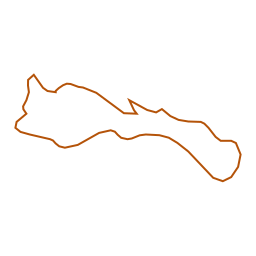 Mayaguana, Robinson projection
{"feature_id": "BHS-5037", "entity_name": "Mayaguana", "entity_type": "District", "adm_level": 1, "iso_a3": "BHS", "parent_name": "The Bahamas", "parent_adm1": "", "projection": "robinson", "projection_center": [-72.982, 22.374], "detail": "fine", "context": "isolated", "style": "outline", "palette": "amber", "viewbox_px": 256, "rotation_deg": 0, "n_neighbors": 0, "source": "natural_earth", "source_scale": "10m", "svg_char_len": 861}
<svg xmlns="http://www.w3.org/2000/svg" viewBox="0 0 256 256"><path d="M29.8,134.5L20.5,131.9L15.4,127.8L16.6,121.9L26.4,113.7L23.4,109.3L23.1,106.4L26.4,100.2L28.9,92.2L28.0,85.5L28.1,79.9L33.8,74.8L43.0,87.8L47.5,91.0L55.7,92.2L55.7,90.9L58.8,88.1L63.1,85.2L66.8,83.7L70.6,84.0L78.5,86.9L83.0,87.5L96.3,92.8L123.9,113.2L136.7,113.7L134.0,110.2L129.3,100.2L147.2,110.0L156.1,112.4L161.9,109.1L170.4,116.1L178.6,119.9L188.3,121.5L200.8,121.9L204.3,123.6L208.5,127.8L215.6,136.9L220.7,140.8L231.2,140.8L235.9,143.0L240.6,154.5L238.1,166.9L231.2,177.1L222.8,181.2L213.2,177.8L188.3,151.5L177.4,142.9L168.8,137.7L159.4,135.2L145.8,134.5L139.7,135.3L131.7,138.5L127.5,139.2L121.2,137.8L117.7,134.8L114.9,131.7L110.7,130.3L99.1,132.9L77.8,144.9L64.9,147.7L59.2,146.3L55.6,143.4L53.0,140.5L50.1,139.2L29.8,134.5Z" fill="none" stroke="#b45309" stroke-width="2"/></svg>